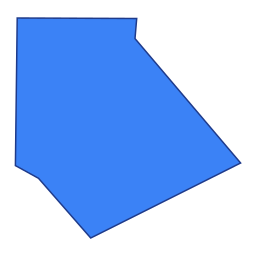 44, Ad Dawhah, Qatar
{"feature_id": "91078587B22433394531175", "entity_name": "44", "entity_type": "district", "adm_level": 2, "iso_a3": "QAT", "parent_name": "Qatar", "parent_adm1": "Ad Dawhah", "projection": "albers", "projection_center": [51.528, 25.245], "detail": "fine", "context": "isolated", "style": "filled", "palette": "blue", "viewbox_px": 256, "rotation_deg": 0, "n_neighbors": 0, "source": "geoboundaries", "source_scale": "gbopen_adm2", "svg_char_len": 229}
<svg xmlns="http://www.w3.org/2000/svg" viewBox="0 0 256 256"><path d="M17.2,18.0L17.2,18.9L15.4,165.6L38.5,178.3L90.7,238.0L240.6,163.0L135.0,38.6L136.7,18.5L17.2,18.0Z" fill="#3b82f6" stroke="#1e3a8a" stroke-width="1.5"/></svg>